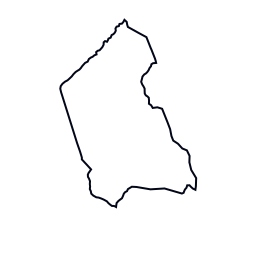 outline of Angico, Tocantins, Brazil, rotated 144°
{"feature_id": "56859067B97265145915421", "entity_name": "Angico", "entity_type": "district", "adm_level": 2, "iso_a3": "BRA", "parent_name": "Brazil", "parent_adm1": "Tocantins", "projection": "orthographic", "projection_center": [-47.92, -6.424], "detail": "fine", "context": "isolated", "style": "outline", "palette": "ink", "viewbox_px": 256, "rotation_deg": 144, "n_neighbors": 0, "source": "geoboundaries", "source_scale": "gbopen_adm2", "svg_char_len": 1864}
<svg xmlns="http://www.w3.org/2000/svg" viewBox="0 0 256 256"><g transform="rotate(144 128 128)"><path d="M89.1,123.5L90.5,125.4L92.1,127.5L93.8,128.4L96.2,129.7L95.9,132.8L96.8,135.3L94.8,137.9L93.4,140.3L93.7,142.1L94.4,143.9L94.2,146.0L92.9,148.0L91.4,150.1L91.0,152.7L90.9,154.8L90.2,157.6L88.0,159.4L86.0,161.1L83.3,161.8L81.6,161.6L79.6,161.9L77.5,162.6L75.2,163.9L73.2,164.4L71.6,165.8L69.7,165.7L67.0,164.1L66.2,165.9L65.4,168.2L63.0,177.5L62.6,179.4L59.7,190.7L63.4,198.4L68.7,209.8L68.0,211.9L66.7,214.6L67.3,217.6L69.5,216.5L71.6,216.0L73.7,217.2L75.5,215.8L77.6,216.7L79.6,215.9L80.7,213.9L82.6,212.9L84.6,212.5L86.6,212.8L88.9,211.3L91.3,211.8L92.7,210.8L94.3,210.1L95.5,211.8L97.3,211.6L98.8,209.7L101.2,208.5L103.3,208.0L105.3,207.6L107.2,208.3L109.2,208.1L110.2,206.0L112.5,206.6L114.7,206.4L116.5,206.8L119.1,206.8L121.6,205.4L124.4,205.9L126.8,205.4L129.0,204.9L130.9,204.2L133.1,203.8L135.2,204.0L137.5,204.1L140.5,203.6L143.2,202.8L146.2,202.4L148.9,202.1L151.7,202.5L155.0,202.3L157.8,201.4L159.7,199.6L161.2,196.0L161.8,194.1L178.0,145.9L179.1,142.3L180.5,137.6L181.3,135.2L182.7,131.2L183.8,129.7L182.2,116.2L184.1,115.5L186.1,114.9L187.9,113.9L189.1,112.0L189.3,110.0L190.0,107.3L191.9,105.0L193.0,103.0L194.8,101.0L195.2,98.8L196.3,96.5L195.8,93.7L194.4,90.6L192.6,88.9L191.1,86.7L189.8,84.5L188.9,82.6L188.2,81.1L188.0,78.7L187.4,76.3L186.8,74.4L185.1,73.1L184.1,71.1L182.6,72.7L181.3,74.0L178.7,74.6L176.3,74.7L174.2,74.7L171.9,76.0L170.0,77.3L168.1,77.8L165.9,77.5L164.0,78.6L161.5,78.4L159.4,78.2L155.8,75.3L145.9,65.2L134.0,57.6L122.9,43.3L121.1,42.9L119.6,43.9L118.0,44.8L115.8,45.3L113.8,46.8L111.9,45.5L111.6,43.1L111.1,40.8L109.8,38.4L107.3,41.0L102.3,47.4L101.5,56.9L98.5,64.2L94.6,69.2L93.5,75.3L96.1,79.5L96.8,85.9L98.8,91.2L97.6,95.9L94.6,102.3L92.8,108.9L89.1,123.5Z" fill="none" stroke="#020617" stroke-width="2"/></g></svg>